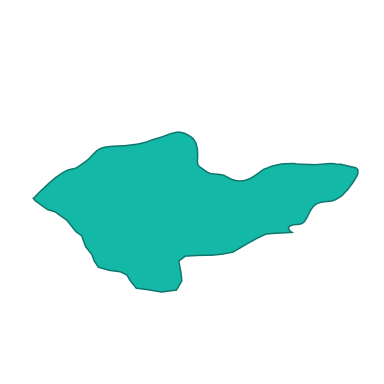 outline of Kim Hyong Gwon, Ryanggang, North Korea, rotated 216°
{"feature_id": "82179303B61862606891781", "entity_name": "Kim Hyong Gwon", "entity_type": "district", "adm_level": 2, "iso_a3": "PRK", "parent_name": "North Korea", "parent_adm1": "Ryanggang", "projection": "albers", "projection_center": [128.041, 40.654], "detail": "fine", "context": "isolated", "style": "filled", "palette": "teal", "viewbox_px": 384, "rotation_deg": 216, "n_neighbors": 0, "source": "geoboundaries", "source_scale": "gbopen_adm2", "svg_char_len": 1601}
<svg xmlns="http://www.w3.org/2000/svg" viewBox="0 0 384 384"><g transform="rotate(216 192 192)"><path d="M316.7,93.6L313.7,92.8L310.2,92.8L306.6,92.8L303.0,92.8L298.3,92.9L291.1,95.5L283.9,95.5L276.8,95.6L267.3,93.0L262.6,91.7L255.4,91.7L245.9,85.2L236.4,82.6L230.5,78.7L223.4,76.1L212.7,80.1L203.1,85.3L195.9,86.6L190.0,84.0L180.5,81.4L170.9,86.7L157.8,93.2L146.9,103.6L148.0,114.1L153.9,120.6L162.1,128.4L159.7,136.2L150.0,144.1L138.0,153.2L130.8,159.7L123.5,167.5L117.3,181.9L112.4,192.3L107.5,201.4L101.5,206.6L91.8,214.5L87.3,218.1L90.2,218.1L93.1,219.7L92.8,222.1L91.0,224.8L86.3,228.9L84.4,231.3L83.6,234.1L84.1,239.9L84.7,242.6L85.4,248.3L85.3,251.4L84.8,254.2L83.7,256.6L81.9,259.1L79.2,261.9L73.9,266.6L71.9,269.3L70.5,272.1L68.6,277.0L67.4,285.9L67.5,288.7L67.3,294.2L68.1,302.7L69.0,305.0L70.5,306.9L71.0,307.6L73.7,307.9L88.3,301.7L90.7,299.7L93.6,298.5L96.4,296.7L108.1,286.7L123.9,276.0L126.1,275.2L127.2,274.3L135.8,267.6L142.1,260.5L147.4,252.3L150.7,242.3L152.7,237.5L155.7,232.8L158.0,230.4L160.5,228.5L163.1,227.0L168.0,225.4L176.3,224.2L181.3,221.7L186.7,218.3L189.2,217.5L191.9,217.0L201.0,216.9L203.5,217.7L205.6,219.9L209.0,225.0L212.9,230.0L217.8,234.1L222.7,235.9L226.1,236.0L231.6,235.4L234.0,234.6L237.0,233.3L239.6,231.3L243.6,226.6L248.8,218.7L254.6,211.2L258.1,205.8L264.2,198.7L273.4,190.1L277.9,186.5L283.7,181.9L288.8,177.1L290.8,174.6L292.4,171.8L293.4,169.3L294.9,158.3L295.6,155.5L299.0,145.4L300.0,143.0L304.1,138.3L305.9,135.8L308.1,131.2L310.8,123.6L312.8,115.5L315.5,101.2L316.2,95.3L316.7,93.6Z" fill="#14b8a6" stroke="#0f766e" stroke-width="1.5"/></g></svg>